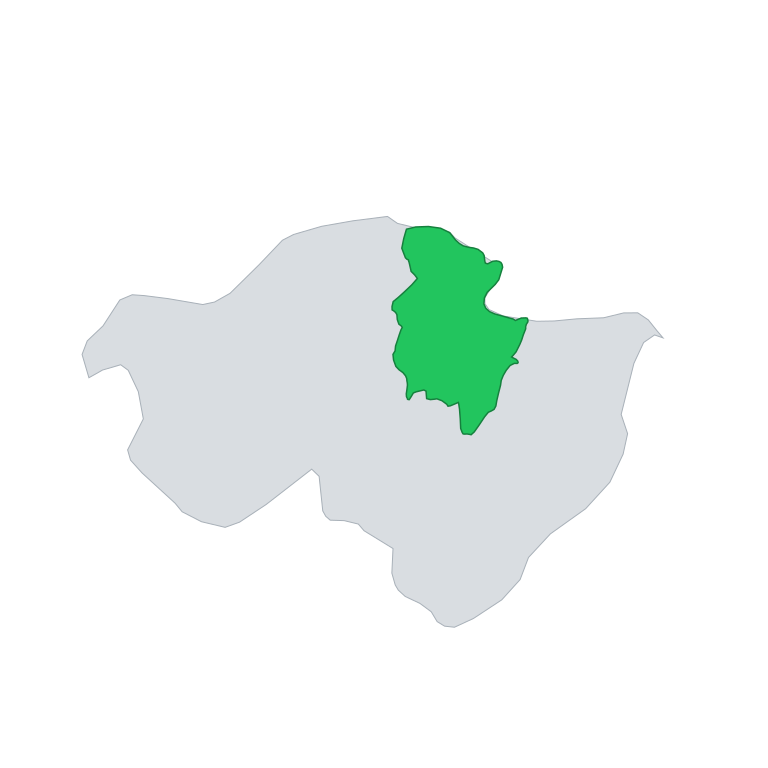 where Northern sits in Rwanda, rotated 48°
{"feature_id": "RWA-3494", "entity_name": "Northern", "entity_type": "Province", "adm_level": 1, "iso_a3": "RWA", "parent_name": "Rwanda", "parent_adm1": "", "projection": "natural_earth1", "projection_center": [29.92, -1.616], "detail": "fine", "context": "in_parent", "style": "filled", "palette": "green", "viewbox_px": 768, "rotation_deg": 48, "n_neighbors": 0, "source": "natural_earth", "source_scale": "10m", "svg_char_len": 2968}
<svg xmlns="http://www.w3.org/2000/svg" viewBox="0 0 768 768"><g transform="rotate(48 384 384)"><path d="M315.2,233.7L323.0,233.5L374.1,219.4L379.2,223.8L387.4,251.3L391.8,255.2L398.9,256.2L413.2,249.9L439.6,228.5L451.0,215.4L464.6,197.1L481.8,176.4L491.5,158.4L500.9,147.8L513.2,144.7L526.9,145.5L536.4,145.8L528.6,150.1L526.9,163.3L535.9,184.5L565.3,228.1L583.9,236.2L596.1,253.2L608.1,281.8L611.6,317.6L606.7,360.6L609.6,392.7L620.4,413.7L623.2,440.9L618.1,474.4L611.9,494.4L604.5,501.0L596.2,503.5L584.9,501.3L571.1,504.1L556.1,510.4L546.7,511.3L540.8,510.1L529.8,504.7L512.3,487.4L479.7,497.0L470.9,496.8L458.9,505.0L449.2,515.1L443.3,515.8L437.3,514.4L409.2,494.0L398.9,494.7L394.7,552.0L390.0,583.8L384.2,598.0L364.2,611.8L343.9,619.5L332.9,619.0L288.4,623.3L271.0,623.3L261.4,618.6L248.9,586.2L225.3,571.7L202.7,564.9L193.5,566.8L185.3,583.8L181.9,599.1L160.0,588.6L153.4,575.7L152.8,553.9L144.8,524.1L149.2,511.4L157.8,503.1L176.0,487.4L203.7,465.5L209.7,455.1L213.6,437.7L211.8,397.4L209.2,363.3L212.4,351.1L225.1,324.8L242.0,297.8L261.8,269.3L273.7,266.5L289.4,255.7L305.9,239.7L315.2,233.7Z" fill="#d9dde1" stroke="#a8b0b8" stroke-width="1"/><path d="M395.9,257.7L400.9,257.1L406.1,254.8L422.2,244.5L424.7,243.9L426.8,237.9L429.9,234.2L431.1,233.5L432.1,234.1L432.8,234.3L434.1,235.5L434.9,238.3L436.2,240.4L437.8,241.8L440.7,247.6L443.4,252.2L445.5,256.7L447.5,261.8L448.5,264.4L449.1,268.6L449.3,271.1L451.4,270.4L454.2,269.3L456.6,269.3L457.9,270.1L457.8,271.3L455.9,273.3L454.6,277.9L455.6,284.0L457.4,289.6L459.8,294.5L462.9,298.2L467.2,304.7L471.8,311.3L475.2,315.6L476.5,319.2L475.8,322.4L474.8,325.4L475.7,331.2L478.1,340.6L480.0,349.0L480.0,353.2L478.7,354.1L476.7,355.7L475.0,357.8L474.0,358.6L472.3,358.3L468.4,356.8L461.0,350.7L453.2,344.7L449.3,342.1L447.4,341.1L446.2,344.7L444.6,349.3L443.3,351.3L441.1,350.9L435.2,352.1L430.4,354.6L429.1,356.6L426.6,360.0L423.4,362.1L420.5,359.9L417.4,357.5L415.1,358.4L413.3,361.7L411.3,365.4L410.3,368.2L411.6,372.4L412.5,375.7L411.6,376.5L411.0,376.7L410.4,376.3L408.5,375.8L406.2,374.0L403.9,371.2L402.0,369.0L400.5,367.3L398.7,365.9L396.9,364.8L395.2,363.5L392.4,362.5L388.2,362.3L383.5,363.3L378.9,363.4L372.5,360.8L368.0,357.5L366.8,353.6L363.5,350.0L360.7,345.0L357.5,339.5L355.1,335.1L354.2,332.6L352.4,332.3L349.5,332.9L345.0,331.0L341.1,328.0L338.5,327.5L335.8,327.9L334.4,328.4L331.8,326.2L328.9,322.0L329.2,316.1L329.2,308.1L328.9,296.9L327.9,288.6L323.3,288.2L318.5,288.5L314.1,286.0L310.3,283.9L309.0,283.4L308.0,282.8L306.5,283.5L304.5,283.6L300.1,281.9L295.0,279.9L289.2,272.1L285.0,265.4L284.0,263.7L288.5,255.4L296.7,245.6L306.1,237.7L315.5,233.9L325.0,234.5L330.0,234.0L334.4,232.7L339.2,229.5L342.9,226.4L346.9,224.0L352.6,222.9L355.5,223.6L360.5,227.1L362.1,227.8L364.1,226.5L365.5,221.1L367.7,218.1L369.9,216.5L371.9,215.8L374.0,216.2L376.6,217.7L383.3,228.9L384.4,234.7L384.9,246.0L387.2,251.8L391.3,256.2L395.9,257.7Z" fill="#22c55e" stroke="#15803d" stroke-width="1.5"/></g></svg>